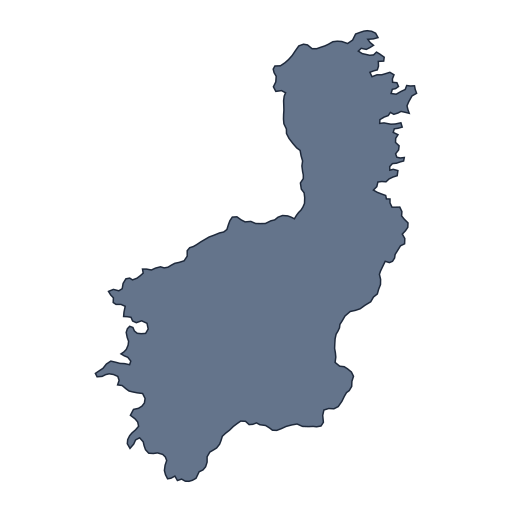 the district of Baldim, Minas Gerais, Brazil
{"feature_id": "56859067B61909970390541", "entity_name": "Baldim", "entity_type": "district", "adm_level": 2, "iso_a3": "BRA", "parent_name": "Brazil", "parent_adm1": "Minas Gerais", "projection": "albers", "projection_center": [-43.86, -19.246], "detail": "fine", "context": "isolated", "style": "filled", "palette": "slate", "viewbox_px": 512, "rotation_deg": 0, "n_neighbors": 0, "source": "geoboundaries", "source_scale": "gbopen_adm2", "svg_char_len": 4850}
<svg xmlns="http://www.w3.org/2000/svg" viewBox="0 0 512 512"><path d="M375.6,33.2L371.7,31.3L367.3,30.7L364.0,31.1L360.3,32.3L355.6,34.0L352.6,40.1L347.6,43.5L341.8,41.5L337.3,41.2L332.9,41.7L328.3,44.3L324.9,45.9L320.6,47.3L316.7,48.7L312.1,48.7L307.5,44.9L303.5,44.2L298.8,45.9L295.4,50.7L292.2,55.5L288.5,59.6L284.9,62.8L280.4,65.8L274.9,66.0L273.2,69.1L274.1,72.7L276.2,76.3L275.8,81.9L273.4,86.8L275.8,91.4L281.5,90.6L285.6,92.8L284.2,96.1L283.6,100.8L283.8,106.1L283.9,110.2L283.6,114.6L283.5,119.1L283.9,123.8L286.4,129.0L286.5,133.5L289.0,138.4L292.9,143.5L296.7,147.9L300.1,150.4L301.1,155.8L302.6,161.0L301.9,166.0L302.6,171.5L303.3,174.9L303.3,178.6L300.4,183.0L301.3,189.1L304.1,192.8L304.7,197.6L304.5,203.4L302.9,207.1L301.0,210.1L298.6,212.5L296.5,215.3L294.4,218.8L291.0,217.1L287.7,215.9L282.6,215.5L278.0,217.2L274.7,219.9L270.9,220.8L265.4,223.5L260.3,223.6L255.6,223.5L250.8,221.4L245.1,221.9L241.2,219.9L236.9,216.8L232.3,217.1L229.9,220.7L228.5,224.4L226.9,229.5L223.7,232.0L219.6,232.9L214.0,235.2L209.1,237.0L205.0,239.4L200.9,241.8L196.7,244.6L193.4,246.5L189.7,247.7L187.2,250.7L187.2,256.2L184.1,260.8L179.1,262.4L174.8,263.3L171.4,265.1L168.0,267.2L164.2,267.9L160.5,266.8L155.5,268.1L151.4,270.0L146.6,269.1L142.5,269.1L143.2,273.1L140.4,275.6L137.0,278.2L132.5,279.9L129.7,278.1L125.9,278.8L123.1,283.4L122.2,288.7L118.8,290.8L113.4,289.4L108.5,291.4L110.7,295.0L113.4,297.8L113.2,302.5L116.0,304.4L121.0,304.4L125.2,306.3L124.0,312.1L123.6,316.5L127.4,316.7L131.0,317.3L132.6,321.0L136.3,322.7L141.6,320.8L147.0,323.3L148.2,329.0L145.6,333.4L141.3,333.7L137.2,333.3L134.4,331.0L132.9,327.5L129.7,326.3L127.4,328.7L126.2,332.4L127.2,337.4L128.6,341.3L128.1,345.2L126.3,349.4L123.8,352.0L121.0,353.9L124.2,355.8L127.8,357.3L130.8,361.1L129.6,364.7L124.5,363.6L119.9,363.4L116.3,362.4L110.8,361.1L106.4,364.0L103.0,368.3L99.5,370.6L95.4,373.4L97.1,376.8L102.1,376.4L105.7,374.6L109.2,373.8L113.5,374.5L117.8,376.4L119.1,380.4L117.6,384.9L122.1,385.5L126.0,388.8L129.0,391.0L132.6,391.9L137.1,392.8L142.6,393.5L145.1,398.5L144.4,403.0L141.9,406.2L138.5,408.3L133.5,409.4L130.4,415.3L135.1,418.9L137.7,422.0L138.6,426.3L135.5,429.9L132.0,432.9L129.7,435.6L127.7,439.6L127.3,443.7L130.0,448.4L133.7,444.1L135.6,439.9L139.6,437.8L143.2,441.8L144.1,445.7L145.5,449.7L148.7,453.2L153.3,453.5L157.5,452.9L162.7,454.4L165.3,456.9L166.7,460.5L165.1,465.2L164.4,470.5L165.5,474.7L167.6,478.8L171.0,478.2L174.9,476.1L177.4,480.5L181.6,479.1L185.3,481.2L189.0,481.3L192.4,480.3L196.0,478.3L197.5,475.2L199.1,471.8L203.0,469.9L205.6,466.8L207.1,462.1L207.1,456.8L209.8,452.1L213.2,450.1L216.6,448.0L219.6,444.2L221.1,440.3L222.3,436.3L225.5,433.3L229.5,430.2L233.4,426.4L237.1,423.6L240.7,421.1L245.5,421.3L249.1,424.6L252.8,424.3L256.5,422.9L259.8,424.7L265.6,425.5L269.6,428.0L272.4,430.2L276.7,430.4L281.2,428.7L286.2,426.4L291.9,424.9L297.1,424.0L302.5,426.4L308.7,426.6L313.2,426.4L316.6,426.8L321.0,426.0L323.4,422.3L322.7,415.4L323.9,410.0L328.7,408.5L333.9,408.8L338.2,406.6L341.9,401.3L344.4,396.2L346.5,392.6L349.2,390.6L351.7,386.4L351.9,381.3L353.5,376.3L351.4,372.0L347.5,368.8L344.2,366.7L339.7,366.2L335.1,362.4L335.8,357.1L335.4,352.9L334.6,348.4L334.8,343.6L335.1,338.8L336.1,334.2L338.0,331.0L339.5,327.8L339.9,324.4L342.1,321.0L345.0,316.0L350.2,311.5L355.3,310.4L360.1,308.8L365.1,305.2L370.7,301.8L373.5,297.0L377.3,294.0L378.7,289.1L380.5,284.5L380.6,279.4L379.4,274.3L380.5,271.1L382.6,266.7L385.2,261.3L389.4,262.6L392.5,261.3L394.6,258.0L395.1,254.5L397.1,251.3L400.5,245.8L404.6,243.8L404.8,238.5L402.3,234.1L405.5,230.7L407.8,227.3L408.0,222.9L404.1,219.0L401.6,215.9L401.9,211.6L399.8,207.1L395.5,207.2L392.0,207.2L390.0,202.9L390.0,199.0L386.4,198.9L385.7,195.5L381.6,194.0L377.2,192.3L373.4,190.1L376.8,186.6L377.9,182.0L381.8,181.5L386.0,181.8L389.1,178.9L393.1,177.0L397.2,175.7L397.9,170.6L393.2,169.3L389.8,170.2L389.7,166.6L392.4,163.6L396.5,163.2L400.2,161.9L403.6,161.0L404.3,157.5L400.2,158.0L396.8,157.2L395.6,153.8L398.6,149.9L399.1,145.8L395.5,142.4L395.7,138.3L398.0,134.7L393.2,132.4L394.3,128.8L397.9,128.3L402.2,127.1L400.9,122.8L395.2,124.0L390.9,124.2L387.7,123.6L384.0,122.9L379.7,123.4L379.9,119.6L384.1,117.1L388.2,115.6L390.4,112.4L393.8,114.3L398.0,113.0L401.0,111.4L405.2,112.3L409.2,113.3L407.9,109.6L407.0,105.8L408.8,101.6L412.0,95.9L416.6,93.3L415.2,89.4L414.5,85.8L410.2,86.0L406.7,85.5L405.2,89.5L401.1,91.4L396.2,94.2L391.1,93.5L392.3,89.3L395.6,88.6L398.5,86.5L396.9,82.7L392.6,82.3L392.4,78.9L394.0,74.8L389.9,72.3L384.8,73.9L381.6,74.8L377.0,74.8L372.0,76.7L369.9,72.3L373.8,70.8L377.3,69.9L378.5,66.1L378.3,61.4L383.7,61.1L384.2,57.2L379.7,54.0L376.5,52.1L373.6,54.9L369.7,55.3L366.3,54.5L362.2,53.6L358.3,51.1L361.2,48.3L366.3,49.4L370.0,47.5L373.5,45.3L370.1,42.5L367.8,39.3L373.3,38.9L378.0,37.6L375.6,33.2Z" fill="#64748b" stroke="#1e293b" stroke-width="1.5"/></svg>